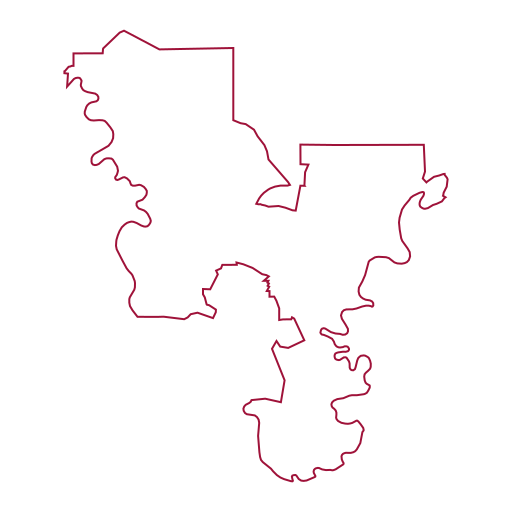 Berri Barmera, South Australia, Australia
{"feature_id": "25037944B16571921668942", "entity_name": "Berri Barmera", "entity_type": "district", "adm_level": 2, "iso_a3": "AUS", "parent_name": "Australia", "parent_adm1": "South Australia", "projection": "mercator", "projection_center": [140.504, -34.288], "detail": "fine", "context": "isolated", "style": "outline", "palette": "rose", "viewbox_px": 512, "rotation_deg": 0, "n_neighbors": 0, "source": "geoboundaries", "source_scale": "gbopen_adm2", "svg_char_len": 6040}
<svg xmlns="http://www.w3.org/2000/svg" viewBox="0 0 512 512"><path d="M67.1,86.6L73.9,79.0L75.5,78.1L77.5,77.7L79.0,77.8L80.1,78.3L81.5,80.5L81.5,81.4L80.8,84.9L80.9,86.0L82.1,88.5L83.3,90.1L85.0,91.1L87.6,92.1L95.2,93.6L97.2,95.0L98.3,96.8L98.4,98.6L97.8,100.2L96.4,101.3L91.4,102.4L89.2,103.5L87.3,105.3L86.3,107.0L84.8,111.5L84.7,113.4L85.0,114.7L86.4,116.9L88.8,119.3L90.8,120.2L93.7,120.5L99.1,120.1L102.6,120.3L104.7,120.9L106.6,122.7L110.3,127.3L112.8,131.1L113.3,134.1L113.1,138.2L111.5,142.1L108.5,145.8L94.7,153.8L93.3,155.1L92.1,157.0L91.6,158.3L91.5,161.6L91.9,163.3L93.0,164.6L94.8,165.1L96.6,164.9L98.8,164.0L104.3,159.2L106.4,158.4L108.7,158.3L111.5,158.6L112.9,159.7L117.2,166.7L118.0,170.8L117.4,173.1L116.8,174.9L115.2,177.2L115.2,178.3L116.0,179.6L117.4,180.0L118.8,179.5L123.0,177.4L124.6,177.2L127.0,178.4L129.8,181.2L130.5,183.4L131.2,184.9L132.9,185.7L134.9,185.7L139.2,184.8L141.0,185.2L143.9,186.9L145.7,189.0L146.8,190.9L146.8,192.7L146.4,194.8L144.8,197.2L142.5,199.7L137.3,201.7L136.5,203.3L136.6,205.5L137.7,207.3L138.8,208.5L144.0,210.4L146.0,211.9L147.7,213.9L150.2,218.7L150.8,220.9L150.4,222.6L149.1,224.7L147.5,226.2L145.7,226.6L144.0,226.5L141.2,225.5L136.7,223.0L133.4,221.8L131.3,221.6L129.2,222.1L127.0,222.9L124.6,224.6L121.8,227.3L119.5,231.2L117.8,235.4L116.5,239.7L116.3,241.1L116.0,245.8L116.7,249.3L122.4,260.5L126.6,268.3L128.7,271.0L131.4,273.8L132.5,275.4L134.7,281.0L135.0,283.1L134.9,287.3L134.3,289.7L129.8,297.3L129.3,299.1L129.3,302.7L130.0,306.1L132.5,310.3L137.5,316.8L156.9,316.9L163.6,316.7L184.2,319.2L187.7,317.4L190.7,314.2L197.5,312.7L213.0,318.1L215.8,312.2L215.9,309.6L209.1,305.2L206.9,304.7L206.6,304.3L204.8,297.4L203.0,294.3L203.0,289.0L210.2,289.3L217.8,274.4L216.1,270.6L221.0,268.4L222.3,264.9L236.8,264.8L236.5,262.5L243.4,264.3L252.7,268.0L262.2,274.2L266.4,275.1L268.8,276.4L263.8,280.8L268.4,280.8L267.4,282.6L268.9,283.5L267.6,285.8L269.2,286.7L266.8,291.0L269.5,291.1L269.5,296.7L274.2,296.6L276.4,300.7L279.2,308.4L279.2,320.0L283.0,319.4L291.3,319.3L292.0,317.3L294.2,318.6L304.3,340.3L288.2,347.9L280.2,346.6L276.5,341.0L272.0,348.8L284.6,380.3L280.9,402.2L265.2,398.7L251.5,400.1L250.7,401.8L249.2,403.0L245.7,404.8L244.2,406.5L243.4,408.7L243.7,410.8L245.0,413.0L246.8,414.2L254.8,415.4L257.0,417.1L258.6,419.6L259.2,422.9L258.1,435.9L259.4,452.2L260.1,457.0L261.0,459.9L262.8,462.1L271.0,468.7L273.1,471.3L276.9,475.1L280.4,477.5L284.0,479.1L291.0,481.2L292.5,481.3L292.9,480.8L292.3,478.7L291.9,476.5L292.4,475.6L293.9,475.1L295.5,475.0L296.4,475.6L298.7,479.0L301.2,480.6L303.6,480.9L306.6,480.5L314.8,477.0L315.3,476.6L315.4,476.0L313.8,472.9L313.6,471.5L314.0,469.9L314.9,468.9L315.7,468.4L317.6,467.9L319.0,468.0L322.1,469.4L326.0,470.1L330.2,469.9L332.3,470.3L333.6,470.1L335.7,469.3L343.2,464.4L343.6,463.8L343.5,462.9L342.7,461.6L341.8,459.4L341.5,456.3L341.9,455.1L342.9,453.9L344.3,453.2L345.8,452.8L350.7,452.9L353.4,452.2L355.2,451.2L356.8,449.4L360.3,443.1L362.4,432.1L363.6,430.5L363.6,429.6L363.2,427.9L360.6,424.2L358.3,421.4L357.1,420.6L356.4,420.7L352.3,422.9L350.1,423.5L347.9,423.8L345.2,423.6L341.4,422.8L338.1,421.0L336.6,419.2L336.1,417.7L336.4,414.7L336.4,412.6L335.7,410.5L334.1,408.7L332.5,407.5L331.7,406.1L331.4,404.2L332.1,402.4L333.8,400.7L337.3,399.1L343.3,398.2L349.3,395.7L351.9,395.2L356.9,395.2L363.9,394.2L365.3,393.7L366.8,392.8L368.2,390.7L369.7,387.7L369.8,386.0L369.6,385.4L366.7,383.8L365.6,382.7L364.7,380.4L364.2,376.6L364.6,374.3L365.9,372.7L368.2,370.7L370.1,368.7L370.7,366.9L370.8,363.7L370.1,360.8L368.9,358.1L367.7,357.0L365.3,355.7L363.8,355.4L360.9,355.8L359.6,356.7L358.2,358.1L357.2,360.6L355.6,367.2L354.9,369.2L353.2,370.3L351.6,370.1L350.9,369.7L350.2,368.9L349.7,367.7L349.6,363.5L349.0,361.4L346.6,357.8L345.7,357.3L343.8,357.4L339.9,359.9L338.8,360.1L337.1,359.8L335.8,359.2L335.1,358.5L334.6,356.8L334.6,355.2L335.3,353.6L336.6,352.9L338.2,352.4L343.1,351.7L345.7,351.8L347.9,351.2L348.5,350.6L349.0,349.7L349.0,348.8L348.4,347.6L347.6,346.7L346.2,346.3L344.7,346.3L342.9,347.1L340.0,347.5L338.4,347.3L336.7,346.5L335.8,345.6L334.7,344.0L333.9,341.6L332.1,338.8L327.8,336.5L323.8,334.9L321.8,334.5L321.1,333.8L320.4,332.7L320.8,330.8L321.3,329.5L322.2,328.6L323.8,328.2L325.3,328.6L330.9,332.1L335.5,333.5L340.0,333.9L342.8,334.8L345.3,334.5L347.2,333.2L348.0,331.3L347.9,328.8L345.6,324.7L341.9,318.8L341.0,315.4L342.1,312.0L343.9,310.2L346.4,309.4L352.6,309.3L356.5,308.5L362.2,306.5L365.9,305.7L368.9,305.7L371.1,306.2L372.0,306.7L372.7,306.4L373.3,305.4L373.2,303.1L372.1,301.5L370.0,300.4L365.6,299.7L363.0,298.5L360.9,296.9L359.4,294.8L358.6,291.5L358.9,287.6L362.3,281.5L365.1,275.1L368.7,261.8L369.7,260.5L374.8,257.4L376.5,257.0L378.7,256.8L386.0,257.2L388.9,258.1L394.4,262.4L397.3,263.4L401.7,263.7L404.7,263.1L406.9,262.1L408.8,260.1L410.1,256.4L409.7,252.1L407.6,248.4L402.3,241.0L401.2,238.3L399.7,229.6L399.0,222.5L399.6,217.7L402.0,209.5L404.6,205.5L409.3,199.9L410.7,197.7L413.3,195.8L419.5,192.8L422.4,192.0L423.6,192.2L424.0,193.0L423.9,194.4L423.3,196.0L420.8,199.6L420.0,201.5L419.6,203.1L419.6,204.9L420.2,206.5L421.7,207.7L423.5,208.6L424.9,208.8L427.9,208.1L433.0,205.0L436.7,203.8L441.9,201.4L444.4,198.1L445.5,197.3L443.0,195.8L443.2,195.3L443.7,192.6L446.7,186.7L447.6,179.3L446.9,177.7L444.6,174.8L444.6,173.9L443.4,174.0L439.2,175.5L434.0,176.8L427.1,181.7L426.4,182.4L422.8,178.5L425.0,171.6L423.8,144.8L334.5,145.0L300.4,144.6L300.5,164.2L308.4,164.6L305.1,172.2L304.4,185.5L304.6,185.8L300.4,185.7L295.7,210.6L292.5,210.3L285.4,207.7L278.6,206.0L268.5,206.7L265.2,205.5L261.5,204.7L260.6,204.2L258.6,204.3L256.3,203.8L259.1,198.5L261.2,195.6L263.9,192.8L268.2,189.6L270.3,188.4L275.0,186.6L280.5,185.6L287.5,185.6L289.9,184.9L288.1,182.1L268.5,159.5L267.0,151.3L264.4,145.1L257.6,136.3L254.0,129.7L245.7,124.1L240.6,123.2L233.3,120.2L233.3,48.0L159.4,49.4L124.0,30.7L119.7,32.6L103.2,48.4L103.0,49.1L102.7,53.3L73.5,53.4L73.5,65.9L71.5,65.9L70.6,66.4L68.6,66.8L64.9,71.1L64.4,71.3L64.4,73.2L68.0,73.6L67.1,86.6Z" fill="none" stroke="#9f1239" stroke-width="2"/></svg>